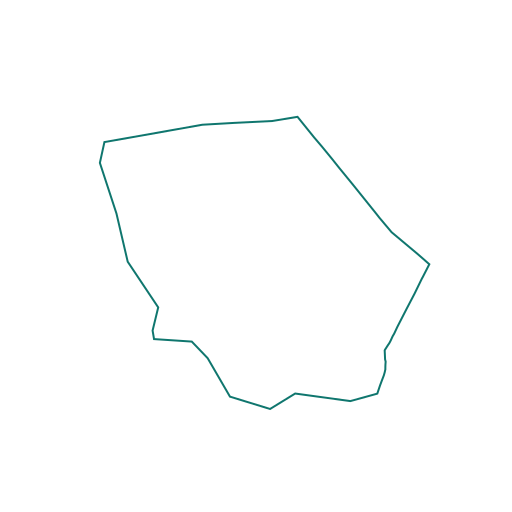 outline of Um Dafoug, Southern Darfur, Sudan, rotated 232°
{"feature_id": "16777658B44845642747034", "entity_name": "Um Dafoug", "entity_type": "district", "adm_level": 2, "iso_a3": "SDN", "parent_name": "Sudan", "parent_adm1": "Southern Darfur", "projection": "equal_earth", "projection_center": [23.612, 10.562], "detail": "fine", "context": "isolated", "style": "outline", "palette": "teal", "viewbox_px": 512, "rotation_deg": 232, "n_neighbors": 0, "source": "geoboundaries", "source_scale": "gbopen_adm2", "svg_char_len": 825}
<svg xmlns="http://www.w3.org/2000/svg" viewBox="0 0 512 512"><g transform="rotate(232 256 256)"><path d="M406.8,267.5L426.9,229.6L439.1,206.7L425.5,190.3L375.4,172.2L330.5,151.4L275.7,147.3L260.9,128.6L253.3,124.5L228.1,152.7L205.2,155.0L161.2,148.9L126.8,172.9L123.5,202.2L83.6,241.0L73.2,266.0L72.9,266.9L74.1,268.7L77.6,274.0L80.0,277.9L83.2,283.2L85.1,285.8L87.0,288.1L88.9,289.6L90.7,291.1L92.9,293.1L95.1,294.1L102.4,299.3L102.7,299.9L104.6,305.3L105.1,307.0L105.9,308.9L106.5,310.2L108.6,314.2L109.7,317.0L113.2,323.9L121.8,342.5L128.6,357.5L136.3,373.3L136.4,373.7L142.8,387.5L157.5,384.7L191.2,377.5L210.2,376.8L214.9,376.8L251.9,376.3L274.1,375.8L285.4,375.7L302.2,375.3L313.8,374.8L340.1,374.4L352.5,351.7L374.5,320.5L392.5,294.5L404.2,272.4L406.8,267.5Z" fill="none" stroke="#0f766e" stroke-width="2"/></g></svg>